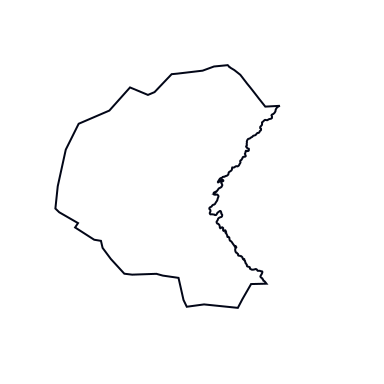 Saixan, Bulgan, Mongolia (Robinson projection), rotated 325°
{"feature_id": "93677404B96562605257028", "entity_name": "Saixan", "entity_type": "district", "adm_level": 2, "iso_a3": "MNG", "parent_name": "Mongolia", "parent_adm1": "Bulgan", "projection": "robinson", "projection_center": [102.704, 48.597], "detail": "fine", "context": "isolated", "style": "outline", "palette": "ink", "viewbox_px": 384, "rotation_deg": 325, "n_neighbors": 0, "source": "geoboundaries", "source_scale": "gbopen_adm2", "svg_char_len": 6011}
<svg xmlns="http://www.w3.org/2000/svg" viewBox="0 0 384 384"><g transform="rotate(325 192 192)"><path d="M70.6,127.2L71.6,132.4L80.8,152.1L75.9,154.0L84.5,175.0L89.4,179.8L86.7,186.5L87.1,200.3L89.7,220.1L90.9,221.2L95.6,225.4L115.9,238.6L120.1,243.7L131.7,254.6L123.1,275.6L121.9,283.0L137.4,291.0L163.1,313.2L171.8,308.7L187.6,301.3L200.4,309.8L200.3,307.5L200.1,306.4L199.6,305.6L199.6,305.4L200.0,304.6L200.0,304.1L199.8,303.5L200.0,303.0L199.9,302.8L199.5,301.6L199.4,301.1L199.5,300.7L199.6,300.4L199.9,300.2L200.3,299.9L201.8,299.3L203.4,298.3L203.8,297.8L203.9,297.4L203.7,297.0L202.9,296.4L202.4,295.5L202.1,295.3L200.7,294.3L200.6,294.1L200.6,293.8L200.6,292.7L200.5,292.3L200.4,292.1L199.9,291.6L199.5,291.5L197.9,290.9L197.1,290.4L196.6,290.1L196.1,289.3L195.5,288.0L196.1,287.0L196.1,286.6L195.8,286.1L194.7,284.8L194.6,284.6L194.6,284.1L194.9,283.4L195.2,283.0L195.1,280.9L195.4,280.5L195.5,279.6L195.9,278.9L195.9,278.7L195.6,277.8L195.7,277.6L196.2,277.3L196.3,277.1L196.3,276.9L196.2,276.8L196.0,276.6L195.6,276.5L195.3,276.3L195.3,276.2L195.4,275.6L195.6,275.3L195.6,274.8L195.8,274.3L195.6,273.1L195.5,272.8L195.0,272.5L194.7,271.8L193.9,271.1L193.5,270.6L193.5,270.3L194.0,269.4L194.1,269.2L194.1,268.9L193.8,268.3L193.8,267.4L193.4,267.0L193.4,266.0L193.7,265.1L194.3,264.0L194.7,263.5L195.2,263.1L196.4,262.8L196.6,262.7L196.7,262.2L196.6,261.5L196.7,261.3L196.7,261.2L196.3,261.0L195.7,261.3L195.7,261.2L195.9,260.8L195.8,258.3L195.8,257.1L195.9,256.6L195.8,255.1L195.7,254.7L195.3,253.8L195.2,253.5L195.3,253.2L195.4,252.7L195.7,252.1L195.9,251.6L196.0,251.3L196.2,251.1L196.4,250.7L196.3,250.2L196.2,249.9L195.4,249.3L195.3,248.9L195.4,248.7L195.6,248.6L195.8,248.3L196.0,247.5L196.0,247.2L196.2,246.4L196.2,246.1L196.2,245.2L196.1,244.7L196.2,244.3L196.3,244.1L196.5,244.0L196.7,243.9L196.8,244.0L196.8,244.3L197.0,244.3L197.1,243.6L197.3,243.1L197.3,242.8L197.3,242.5L197.2,242.4L196.8,242.2L195.8,242.1L195.6,242.0L195.5,241.7L195.5,241.3L195.6,241.1L196.1,240.3L196.5,239.8L196.8,239.5L196.8,239.1L196.6,238.4L196.4,238.2L196.0,238.1L194.6,238.0L194.4,237.9L194.4,237.7L194.4,237.1L194.9,236.4L195.1,235.9L195.5,234.4L195.4,234.1L195.3,233.7L195.3,233.2L195.2,233.0L194.7,232.5L194.6,232.3L194.6,231.9L194.6,231.5L194.9,230.7L195.2,230.4L196.8,229.8L197.6,229.2L198.2,228.8L198.9,228.7L199.5,228.7L200.6,228.9L201.8,229.3L202.3,229.2L202.6,229.1L202.9,228.9L203.6,228.1L203.7,227.8L203.6,226.5L203.7,226.3L204.1,225.8L204.2,225.4L204.4,224.7L204.5,224.3L204.4,224.0L204.2,223.7L203.7,223.5L202.6,223.6L201.5,223.6L201.0,223.6L200.3,224.0L199.0,224.5L198.8,224.6L198.4,224.6L198.1,224.4L197.7,224.1L197.5,223.9L197.4,223.4L195.6,221.7L194.6,221.1L194.3,220.9L194.2,220.4L194.3,219.7L194.7,219.2L195.6,218.7L196.2,218.2L196.5,217.7L196.7,217.1L196.7,216.8L196.5,216.0L196.7,215.5L196.9,215.3L197.1,215.1L197.4,215.0L197.9,214.9L198.2,214.9L199.3,215.1L199.7,215.1L200.7,214.7L201.5,214.6L202.4,214.7L202.9,215.0L203.7,215.0L204.2,214.9L205.3,214.3L207.5,213.5L207.9,213.3L209.4,212.0L211.1,210.9L211.4,210.3L211.4,209.3L211.2,208.7L211.0,208.4L209.7,207.7L209.2,207.1L209.0,206.9L208.7,206.9L208.6,206.7L208.5,206.4L208.6,206.1L208.7,205.8L209.0,205.4L209.5,205.1L210.0,205.1L211.3,205.3L211.1,205.5L210.1,205.7L210.4,205.8L211.3,205.8L212.3,205.7L213.3,205.4L214.6,205.0L215.3,204.7L215.8,204.5L216.7,204.5L217.1,204.6L217.4,204.7L218.9,204.8L219.2,204.5L220.2,204.2L220.5,204.0L220.9,203.5L221.0,203.0L221.1,202.6L221.1,201.7L221.2,201.4L221.6,201.0L222.1,200.8L222.6,200.7L223.9,200.9L224.1,200.8L224.2,200.5L224.3,200.2L224.2,200.0L223.8,199.4L223.5,199.2L223.2,199.2L222.4,199.2L221.7,199.4L221.0,199.5L220.4,199.2L219.1,199.2L218.9,199.1L218.9,198.9L218.9,198.7L219.1,198.5L222.4,197.1L223.3,197.1L224.1,197.3L224.7,197.5L225.0,197.5L225.5,197.5L225.8,197.3L226.8,197.7L227.5,198.2L228.4,198.1L229.6,198.6L230.5,198.7L231.1,198.6L231.7,198.5L232.1,198.2L233.1,197.2L233.9,196.9L235.2,197.0L236.1,197.0L236.8,196.9L237.5,196.5L238.0,196.1L238.3,195.6L238.5,195.4L238.9,195.1L239.1,195.0L239.7,195.6L240.1,195.8L240.5,196.0L241.0,196.1L241.6,196.0L242.5,196.1L243.0,196.2L243.9,197.0L244.1,197.2L245.4,197.2L246.0,197.0L246.6,196.6L248.0,196.0L248.5,195.7L248.8,195.4L249.0,194.6L249.5,194.1L249.8,194.0L250.2,194.0L250.5,194.1L250.8,194.1L251.3,193.8L252.0,193.6L252.8,193.2L253.2,192.8L253.5,192.7L254.0,192.6L254.3,192.7L255.7,193.5L256.4,193.5L256.7,193.3L256.8,192.6L257.1,191.9L257.2,191.1L257.4,191.0L258.4,190.4L258.6,190.1L259.0,189.7L259.7,189.2L259.9,189.2L260.3,189.6L260.3,189.8L260.6,190.1L261.5,190.6L262.2,190.6L262.5,190.4L263.3,189.3L263.3,189.1L262.7,188.5L262.6,188.3L262.6,187.7L262.4,187.4L262.5,186.8L262.3,186.2L262.4,185.8L262.6,185.6L262.8,185.5L263.5,185.4L263.7,185.2L264.2,184.5L264.3,184.0L264.7,183.6L265.2,183.2L265.5,182.7L265.9,182.0L267.1,181.2L267.5,181.0L268.2,180.8L268.6,180.8L270.0,181.3L271.6,181.2L272.3,181.3L273.0,181.4L273.7,181.2L274.5,181.1L275.4,181.4L276.2,181.7L276.8,181.8L278.6,181.3L279.5,181.2L279.7,181.3L280.3,181.7L280.9,181.8L281.4,181.7L282.3,181.1L282.6,181.0L283.5,181.0L283.9,180.9L284.5,180.3L284.8,179.8L284.8,179.6L284.5,179.0L284.6,178.8L284.9,178.2L285.1,177.9L285.6,177.7L287.0,177.4L287.5,177.2L287.9,177.1L288.7,176.1L289.1,175.3L289.4,175.1L290.1,175.1L290.6,175.1L292.0,174.8L293.1,174.8L293.3,174.9L294.5,176.1L294.7,176.3L295.2,176.4L295.5,176.4L296.8,176.5L298.9,177.3L299.7,177.3L300.0,177.1L300.7,176.3L300.9,175.8L301.0,175.1L301.1,174.8L301.7,174.5L302.5,174.5L303.2,174.7L303.6,174.7L304.9,174.5L306.4,173.9L307.0,173.4L307.5,172.8L308.2,172.3L309.8,171.6L310.4,171.5L311.4,171.5L311.8,171.5L313.4,171.8L301.0,164.1L300.4,154.3L300.1,147.8L299.7,140.3L299.3,134.8L299.1,130.4L298.8,123.7L296.6,116.4L294.6,111.9L294.6,111.3L294.1,110.5L294.1,110.3L294.2,109.8L294.2,109.1L293.8,108.4L293.5,108.3L282.0,101.8L270.3,98.7L248.0,86.7L242.9,83.8L218.6,88.7L211.6,87.2L201.2,70.8L171.0,77.9L138.3,71.1L112.9,84.9L85.3,110.3L79.3,117.2L70.6,127.2Z" fill="none" stroke="#020617" stroke-width="2"/></g></svg>